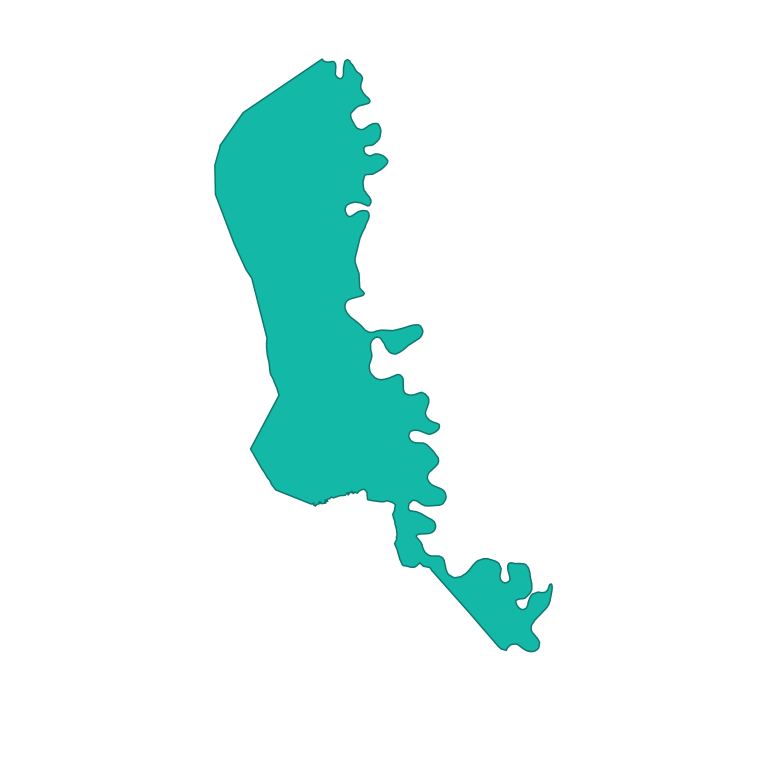 El Progreso, Yoro, Honduras, rotated 147°
{"feature_id": "27666195B1726460774022", "entity_name": "El Progreso", "entity_type": "district", "adm_level": 2, "iso_a3": "HND", "parent_name": "Honduras", "parent_adm1": "Yoro", "projection": "mercator", "projection_center": [-87.816, 15.474], "detail": "fine", "context": "isolated", "style": "filled", "palette": "teal", "viewbox_px": 768, "rotation_deg": 147, "n_neighbors": 0, "source": "geoboundaries", "source_scale": "gbopen_adm2", "svg_char_len": 6150}
<svg xmlns="http://www.w3.org/2000/svg" viewBox="0 0 768 768"><g transform="rotate(147 384 384)"><path d="M426.5,94.1L424.3,95.4L420.6,96.3L418.9,96.1L416.0,94.8L413.8,92.9L411.1,85.4L409.4,82.4L407.9,80.7L405.7,79.0L403.4,78.0L400.6,77.8L398.4,78.3L397.2,79.1L394.2,82.7L393.9,86.9L394.8,93.9L394.8,96.2L394.2,98.3L391.9,101.2L386.1,103.8L370.0,107.6L366.1,109.2L362.8,111.8L355.3,119.7L353.6,122.0L352.7,123.9L352.6,124.7L352.9,125.4L354.5,125.5L358.6,122.2L361.8,121.4L364.8,122.7L368.3,125.7L373.9,126.9L376.0,126.3L378.7,124.8L381.4,122.9L384.0,120.2L386.4,118.6L389.4,118.7L391.6,120.1L392.8,122.9L393.1,126.0L392.4,128.9L391.4,130.5L390.4,130.6L388.4,130.2L386.7,129.6L384.3,128.1L382.2,127.6L376.6,128.7L375.1,129.2L372.0,131.1L368.9,136.0L366.6,142.0L364.4,146.4L363.1,151.2L363.5,155.3L364.7,157.0L368.2,159.7L372.3,162.3L374.3,164.5L375.8,165.3L377.3,165.4L379.1,164.3L380.3,162.5L381.7,159.7L383.6,153.6L384.8,151.5L385.8,150.8L387.2,150.4L390.0,150.8L391.2,151.5L392.3,153.2L392.8,155.0L392.6,157.0L391.7,159.5L386.4,165.2L385.4,171.1L386.0,172.9L387.4,175.3L392.5,181.3L396.0,183.3L401.4,184.7L404.1,184.5L407.9,183.6L413.9,181.5L418.4,180.5L424.5,180.5L429.4,182.6L431.0,183.7L433.5,188.6L433.8,190.6L433.1,194.3L429.6,203.3L429.5,205.9L430.2,207.8L431.7,209.9L438.0,214.0L439.6,215.9L440.6,218.1L441.2,220.4L441.1,223.0L440.6,225.9L439.6,228.5L439.3,231.2L440.1,238.2L439.4,239.2L436.8,239.3L428.9,234.7L426.5,233.7L424.1,233.4L422.0,233.7L419.9,234.7L418.4,236.2L417.4,238.1L416.9,241.1L417.9,244.4L420.2,248.3L423.4,255.0L426.4,259.3L431.4,263.7L431.5,265.2L431.1,266.8L428.2,270.0L423.6,270.8L422.1,270.1L420.0,267.8L418.1,262.8L415.8,259.4L412.6,257.2L404.2,252.5L401.3,251.6L399.4,251.6L395.1,253.7L393.3,255.7L392.0,259.2L392.0,262.2L393.2,265.0L397.5,271.1L399.1,274.1L399.6,277.6L399.2,281.0L397.6,283.3L394.7,285.2L385.9,286.7L382.4,287.7L380.4,289.3L378.8,292.3L379.3,301.1L380.9,308.9L382.0,311.3L383.4,313.2L389.4,317.3L390.5,318.4L391.6,320.2L392.3,321.9L392.2,324.2L391.8,326.5L390.8,327.9L388.9,329.3L387.0,329.8L385.2,329.3L382.3,327.8L380.1,325.9L374.7,318.5L373.3,317.2L371.8,316.5L367.7,315.8L363.9,316.1L361.7,317.0L360.0,319.1L359.9,320.3L360.5,321.5L363.3,325.0L365.6,328.6L366.3,332.9L365.7,336.0L364.4,338.0L356.7,343.9L355.1,346.2L354.2,348.6L355.0,353.4L356.9,356.4L358.8,357.2L364.1,358.4L366.4,359.3L368.9,361.1L371.0,363.8L371.5,366.0L370.7,368.9L365.2,377.8L365.0,380.2L365.3,382.1L366.2,383.6L367.8,384.7L376.3,386.2L380.7,387.6L384.0,389.1L386.7,391.5L388.3,394.4L389.3,400.3L388.4,403.7L386.2,407.8L381.1,411.9L379.0,414.0L378.1,415.6L376.4,420.1L373.4,425.1L370.3,427.1L366.9,427.7L365.5,427.6L364.2,427.0L362.9,425.8L362.1,424.4L361.8,418.1L362.6,413.0L362.1,407.9L361.7,406.8L360.7,405.2L358.0,402.8L353.9,402.1L347.9,402.3L342.8,403.1L329.6,403.1L327.4,403.6L325.2,404.7L323.4,406.2L322.4,407.7L321.8,410.6L321.9,412.9L322.8,414.7L324.5,415.9L326.7,417.2L330.0,418.4L338.4,420.7L347.5,423.9L356.6,430.5L361.1,432.4L365.3,433.4L368.4,435.6L370.5,439.4L371.4,445.2L372.7,450.0L375.7,458.7L376.3,463.3L375.9,467.3L375.0,469.6L373.5,471.7L371.7,473.1L369.6,473.8L367.8,473.9L364.7,473.3L354.5,470.0L352.7,469.9L351.6,470.4L351.2,471.0L351.1,472.0L352.0,476.7L351.9,478.0L344.8,490.3L342.3,500.6L341.3,502.9L339.9,505.1L324.6,519.5L318.6,523.5L314.7,525.6L312.3,527.6L307.2,530.8L305.0,532.9L303.8,535.3L303.8,537.9L304.6,538.9L307.1,540.9L309.2,541.8L312.1,542.6L319.2,542.4L321.2,542.9L322.2,543.7L323.0,545.5L322.6,548.7L322.0,550.9L320.6,552.6L318.4,554.0L316.6,554.3L313.3,553.8L309.1,552.3L305.0,548.7L300.5,542.1L299.0,541.7L296.1,543.3L294.7,545.7L294.5,548.9L295.1,554.1L294.8,555.2L295.3,556.8L294.4,559.5L291.9,564.5L288.0,568.3L286.4,569.3L285.1,569.4L279.1,566.1L269.6,565.5L266.2,565.9L262.5,566.8L260.6,567.7L259.3,569.0L259.1,570.5L259.6,573.3L260.2,575.2L261.7,577.7L263.3,579.7L265.6,581.4L267.0,582.0L270.7,582.5L272.1,583.5L273.3,585.1L274.1,587.2L274.3,588.5L273.8,590.3L272.5,592.7L270.7,593.6L268.0,592.9L264.9,591.2L262.7,590.5L257.7,591.2L254.3,592.2L251.8,594.4L248.6,598.2L247.7,600.8L247.2,604.7L247.6,605.7L248.5,606.7L251.5,608.4L255.8,608.9L261.7,608.7L263.7,609.3L265.1,610.2L267.1,612.8L267.5,614.6L267.6,616.9L266.9,624.5L265.8,627.3L264.4,629.1L257.3,630.8L255.1,631.0L252.8,630.6L244.6,627.9L243.1,627.9L242.0,628.6L241.5,629.3L241.3,631.6L242.5,636.2L242.9,639.6L242.4,644.8L240.2,647.9L235.8,651.7L235.2,653.0L235.0,654.5L235.2,656.7L236.4,659.8L236.9,662.4L236.5,668.2L237.1,671.5L236.9,673.5L237.4,675.0L238.1,676.0L240.6,676.1L242.2,674.9L245.9,671.0L250.0,665.0L251.0,664.2L252.5,663.6L253.8,663.5L254.6,664.0L255.7,665.5L256.4,667.3L256.2,670.2L251.6,676.3L250.4,678.9L250.3,680.7L250.6,681.7L251.4,682.5L255.7,684.4L257.5,686.0L258.7,687.8L259.0,690.2L354.3,688.3L391.6,673.3L392.8,671.8L406.7,659.6L422.1,634.8L433.3,583.0L437.4,555.3L437.3,544.6L457.2,486.0L460.3,482.2L462.8,478.2L466.1,471.7L468.9,464.2L472.8,456.6L473.8,454.0L474.2,448.8L475.6,442.1L475.9,439.6L478.1,432.1L478.6,431.5L531.3,402.2L532.6,379.5L532.5,374.4L532.8,369.0L532.3,365.5L533.0,360.8L532.5,354.2L510.6,323.2L509.5,322.4L508.0,322.4L508.9,320.7L508.0,320.0L508.1,319.1L505.7,319.5L502.7,318.6L502.4,318.9L502.8,320.3L502.3,320.4L501.6,319.6L501.3,317.5L497.8,315.9L497.4,316.3L497.8,317.4L496.6,318.5L496.2,316.8L495.2,316.3L494.9,317.0L495.6,318.3L493.3,318.0L492.0,317.3L489.8,318.0L488.6,316.1L481.9,314.4L477.2,311.8L473.9,312.7L473.6,312.2L474.5,310.8L474.3,310.5L473.0,310.9L472.8,311.2L473.1,311.6L472.7,311.9L472.0,311.8L470.2,310.5L469.3,311.4L469.5,309.0L468.9,308.8L467.7,309.5L465.9,307.0L463.3,307.7L460.7,307.5L458.3,306.8L457.9,306.3L457.4,304.0L457.5,302.0L460.6,296.4L460.6,295.7L457.2,292.4L450.2,286.5L447.8,285.2L445.3,284.5L444.4,283.7L441.5,280.2L440.1,276.6L444.5,271.9L447.6,270.0L448.7,267.2L449.6,263.4L451.1,260.3L452.0,257.0L454.9,250.7L456.5,249.0L457.2,248.7L457.5,247.6L458.1,246.8L462.1,244.3L463.1,238.3L466.1,228.6L467.1,222.6L466.4,220.8L465.2,220.0L461.3,215.8L458.9,214.1L457.2,213.6L451.3,214.4L450.3,209.8L445.5,205.1L445.4,201.3L437.4,148.3L431.0,101.7L430.0,97.9L426.5,94.1Z" fill="#14b8a6" stroke="#0f766e" stroke-width="1.5"/></g></svg>